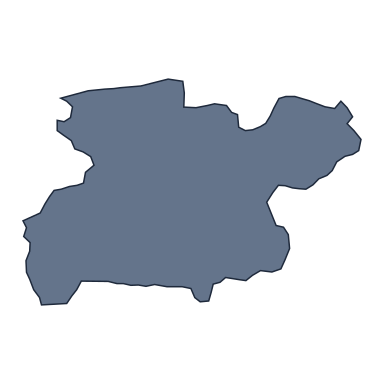 the district of Modelo, Santa Catarina, Brazil
{"feature_id": "56859067B74216075276825", "entity_name": "Modelo", "entity_type": "district", "adm_level": 2, "iso_a3": "BRA", "parent_name": "Brazil", "parent_adm1": "Santa Catarina", "projection": "equal_earth", "projection_center": [-53.047, -26.775], "detail": "fine", "context": "isolated", "style": "filled", "palette": "slate", "viewbox_px": 384, "rotation_deg": 0, "n_neighbors": 0, "source": "geoboundaries", "source_scale": "gbopen_adm2", "svg_char_len": 1507}
<svg xmlns="http://www.w3.org/2000/svg" viewBox="0 0 384 384"><path d="M60.8,98.2L66.7,101.2L72.5,106.8L70.5,117.6L64.1,121.7L57.2,120.3L57.2,130.6L63.8,135.4L71.3,140.6L74.8,148.9L83.1,151.9L90.7,156.6L94.0,165.2L85.5,172.3L83.5,183.1L77.1,185.3L69.4,186.5L61.2,189.2L54.1,190.4L49.6,196.5L45.0,203.9L40.2,213.0L23.0,220.8L26.5,227.7L23.7,236.5L30.1,242.6L29.7,251.2L26.0,260.7L26.5,272.3L29.7,279.2L33.7,289.7L39.5,297.5L41.5,304.9L66.7,303.5L71.9,295.8L76.7,289.7L81.3,281.1L108.2,281.4L117.0,283.6L123.4,283.6L130.9,285.3L138.3,285.0L146.0,286.3L154.6,284.5L166.9,286.7L174.1,286.7L182.1,286.7L190.9,288.5L194.8,297.6L200.2,301.8L208.7,301.0L211.2,292.2L213.2,284.1L220.0,282.3L225.6,277.5L232.0,278.5L239.5,279.7L245.9,280.6L252.5,275.3L260.5,270.6L271.9,272.0L280.9,268.9L285.0,259.8L289.6,248.5L288.3,234.6L283.5,227.2L276.1,225.5L266.7,202.2L272.8,192.6L278.4,185.3L285.2,185.7L292.5,187.9L299.1,188.7L305.9,189.2L313.0,184.8L318.8,178.8L327.0,175.4L332.2,170.6L336.7,161.9L345.0,156.3L352.6,154.4L358.7,150.6L361.0,139.4L353.9,130.6L347.1,123.7L352.6,116.8L347.1,107.7L340.9,101.2L334.7,108.5L325.0,106.8L316.0,103.4L309.2,100.7L303.3,99.0L294.9,96.5L285.8,96.5L279.0,98.5L273.8,108.2L270.3,115.9L265.7,123.4L260.2,126.7L252.7,129.8L245.3,130.6L238.7,127.2L237.5,114.6L231.6,112.4L226.5,105.5L214.5,103.8L207.4,105.5L196.0,107.7L183.8,107.1L184.3,93.0L182.8,81.3L168.1,79.1L140.8,86.0L120.5,87.7L113.7,88.6L105.0,89.1L88.1,90.8L60.8,98.2Z" fill="#64748b" stroke="#1e293b" stroke-width="1.5"/></svg>